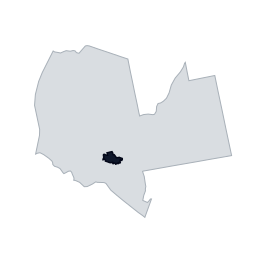 Panzós, Alta Verapaz, Guatemala shown in context, rotated 78°
{"feature_id": "79465075B48438720482803", "entity_name": "Panzós", "entity_type": "district", "adm_level": 2, "iso_a3": "GTM", "parent_name": "Guatemala", "parent_adm1": "Alta Verapaz", "projection": "albers", "projection_center": [-89.636, 15.321], "detail": "fine", "context": "in_parent", "style": "filled", "palette": "ink", "viewbox_px": 256, "rotation_deg": 78, "n_neighbors": 0, "source": "geoboundaries", "source_scale": "gbopen_adm2", "svg_char_len": 3874}
<svg xmlns="http://www.w3.org/2000/svg" viewBox="0 0 256 256"><g transform="rotate(78 128 128)"><path d="M37.1,185.2L38.3,184.0L39.4,181.2L40.6,178.4L39.9,175.1L39.5,172.4L40.9,168.5L40.8,165.6L41.5,163.8L43.6,162.7L44.7,160.4L38.9,152.7L38.9,150.9L39.7,148.8L44.6,140.7L50.3,131.0L56.7,120.3L60.5,113.8L74.1,114.0L83.2,114.0L94.6,114.1L107.1,114.1L115.3,114.2L118.7,114.1L118.1,109.9L118.6,105.3L120.1,101.0L120.1,99.2L117.6,96.9L112.9,95.5L110.3,93.5L110.3,91.0L109.2,87.9L106.9,84.2L102.2,80.5L95.0,76.7L89.0,71.5L84.0,65.1L79.7,61.0L76.5,59.2L75.7,58.3L85.3,58.5L94.4,58.6L94.5,49.5L94.6,41.3L94.7,32.2L111.1,32.3L130.8,32.3L151.1,32.4L167.1,32.4L176.5,32.4L176.1,43.8L175.6,57.0L175.3,66.7L174.8,79.6L174.3,92.8L173.7,110.9L173.3,122.5L173.5,122.8L178.8,122.2L186.8,122.7L188.8,122.7L191.2,123.7L193.1,124.0L197.2,126.6L201.9,128.6L204.9,124.5L203.3,122.1L202.1,120.9L202.3,119.8L218.9,130.1L216.9,131.7L212.8,135.5L205.2,141.8L198.3,147.5L191.8,152.7L185.8,157.3L185.1,157.8L177.6,161.1L176.4,162.7L174.8,169.2L174.0,170.8L175.4,174.4L176.8,180.1L176.3,183.0L171.1,186.6L168.7,189.9L167.7,192.0L166.8,191.4L165.1,191.3L161.4,192.1L159.6,192.3L158.1,193.2L157.9,195.2L158.9,198.5L159.3,200.2L158.2,200.9L153.6,202.9L151.8,204.9L150.1,207.9L148.1,209.1L146.0,208.9L144.5,209.3L141.3,211.6L136.5,216.0L133.9,219.2L133.8,221.7L134.3,223.8L116.8,216.1L111.0,214.7L86.4,214.7L75.9,211.6L63.9,205.7L55.9,200.3L37.1,185.2Z" fill="#d9dde1" stroke="#a8b0b8" stroke-width="1"/><path d="M156.6,140.0L156.5,140.3L156.3,140.4L156.1,140.8L155.9,141.2L155.6,141.6L155.3,142.1L155.1,142.4L154.9,142.7L154.8,142.8L154.9,143.3L154.9,143.6L154.9,143.8L154.8,144.8L154.7,145.4L154.6,145.5L154.2,145.7L154.0,145.8L153.7,145.9L153.1,146.2L152.6,146.4L152.4,146.5L152.1,146.6L151.8,146.8L151.2,147.1L151.1,147.9L151.1,148.0L150.3,148.1L149.6,148.2L148.9,148.2L148.8,148.3L148.6,148.3L147.8,148.6L147.8,149.6L147.8,150.5L147.8,151.0L147.9,151.4L147.9,152.2L147.9,153.2L147.9,153.6L148.4,153.5L148.5,153.5L148.9,153.6L149.0,153.6L149.3,153.6L149.5,153.8L150.0,153.8L150.4,153.7L150.3,154.1L150.2,154.4L150.2,154.6L150.1,154.9L150.0,155.2L150.0,155.3L149.8,155.5L149.6,155.6L149.4,155.8L149.2,156.0L149.0,156.3L148.7,156.4L148.6,156.5L148.4,156.6L148.5,156.6L148.7,156.9L148.8,157.1L148.9,157.3L149.0,157.5L149.5,157.6L149.8,157.7L150.0,157.8L150.4,157.8L150.6,157.7L150.8,157.6L151.0,157.5L151.3,157.6L151.6,157.8L151.9,158.0L152.1,158.1L152.6,158.1L152.8,158.3L153.0,158.7L153.2,158.9L153.5,159.0L153.7,158.9L153.8,158.9L153.7,158.7L153.7,158.4L153.7,158.2L153.6,157.8L153.6,157.7L153.7,157.4L153.9,157.3L154.3,157.0L154.4,156.9L154.5,156.7L154.9,156.7L155.2,156.9L155.6,157.0L155.8,156.8L155.9,156.5L156.0,156.4L156.2,156.0L156.3,155.8L156.4,155.7L156.7,155.2L157.3,154.2L157.5,154.0L157.5,153.9L157.7,153.6L157.8,153.5L158.0,153.2L158.1,152.8L158.2,152.6L158.4,152.0L158.4,151.6L158.3,151.1L158.3,150.8L158.4,150.7L158.5,150.6L158.5,150.3L158.5,150.2L158.4,150.1L158.5,149.9L158.8,149.9L159.0,149.9L159.3,150.0L159.5,149.9L159.6,150.0L159.7,149.9L159.8,149.9L159.8,149.7L159.6,149.2L159.4,149.0L159.4,148.9L159.3,148.7L159.3,148.4L159.6,148.1L159.8,148.0L160.2,147.9L160.3,147.8L160.5,147.7L160.8,147.6L160.9,147.4L160.6,147.1L160.4,146.8L160.3,146.7L160.3,146.4L160.4,146.2L160.5,146.1L160.5,145.9L160.6,145.6L160.6,145.4L160.7,145.2L160.8,145.0L160.7,144.9L160.3,144.8L160.2,144.8L160.0,144.7L159.9,144.7L159.9,144.4L160.0,144.3L160.0,144.1L160.2,143.9L160.4,143.6L160.5,143.5L160.6,143.4L160.6,143.2L160.4,143.1L160.2,142.9L160.1,142.7L159.9,142.7L159.9,142.8L159.7,143.0L159.4,143.2L159.1,143.0L159.1,142.9L158.9,142.7L158.7,142.7L158.2,142.3L157.8,142.3L157.7,142.3L157.5,142.2L157.4,142.1L157.4,141.9L157.5,141.7L157.8,141.5L158.1,141.4L158.3,141.2L158.4,140.9L158.1,140.7L157.7,140.3L157.7,140.2L157.0,140.0L156.6,140.0Z" fill="#0f172a" stroke="#020617" stroke-width="1.5"/></g></svg>